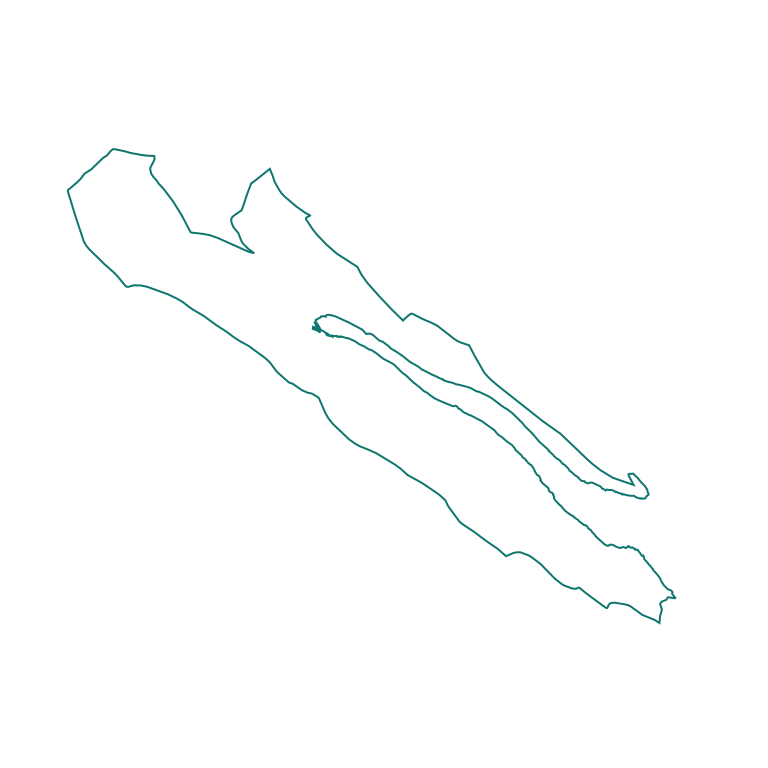 Seyðisfjarðarkaupstaður, Austurland, Iceland (Equal Earth projection), rotated 42°
{"feature_id": "244011B63317643398592", "entity_name": "Seyðisfjarðarkaupstaður", "entity_type": "district", "adm_level": 2, "iso_a3": "ISL", "parent_name": "Iceland", "parent_adm1": "Austurland", "projection": "equal_earth", "projection_center": [-13.887, 65.265], "detail": "fine", "context": "isolated", "style": "outline", "palette": "teal", "viewbox_px": 768, "rotation_deg": 42, "n_neighbors": 0, "source": "geoboundaries", "source_scale": "gbopen_adm2", "svg_char_len": 6135}
<svg xmlns="http://www.w3.org/2000/svg" viewBox="0 0 768 768"><g transform="rotate(42 384 384)"><path d="M744.5,348.2L739.0,347.2L738.0,346.7L737.8,345.7L737.0,345.4L734.8,345.5L733.1,346.4L731.2,346.6L726.7,346.3L722.2,345.1L719.0,343.6L715.6,342.9L708.7,342.2L707.4,341.4L706.6,341.6L703.9,341.0L701.9,341.0L699.2,340.4L694.7,340.0L691.7,338.0L691.2,338.0L690.6,339.1L686.5,338.1L683.2,337.6L681.5,339.1L680.5,338.5L679.3,339.2L677.9,339.3L677.4,340.2L675.9,340.8L674.2,340.8L673.9,341.1L674.0,342.2L673.5,344.0L671.0,345.0L669.7,346.7L669.5,347.7L669.0,348.1L665.5,349.5L661.6,350.5L659.6,352.0L659.2,352.7L659.1,353.8L658.7,354.4L657.6,355.0L654.9,355.6L643.6,355.6L641.3,355.0L637.9,354.8L635.8,354.2L632.0,354.6L630.3,353.8L627.9,354.2L627.4,354.9L621.5,355.4L618.6,355.2L615.6,355.8L613.9,355.5L613.0,355.9L612.3,355.7L610.7,356.3L604.8,357.0L598.6,356.6L597.6,356.0L595.7,356.4L588.8,355.8L587.0,355.2L586.0,354.4L585.9,353.9L583.9,353.3L583.6,352.6L583.2,352.5L581.6,352.4L580.7,352.9L579.2,353.1L577.5,352.7L576.1,351.5L575.3,351.4L568.3,351.6L565.2,351.1L564.8,351.0L564.8,350.4L561.4,348.7L560.4,348.6L559.0,349.1L558.0,349.0L555.5,348.3L552.2,346.8L548.2,345.8L544.5,346.2L538.2,345.3L535.9,345.8L533.8,345.0L525.8,345.0L524.3,344.3L519.9,343.7L513.6,344.5L507.0,344.6L502.4,345.3L497.0,344.5L482.0,346.1L469.8,349.2L467.2,350.3L464.8,350.8L462.0,351.8L457.0,351.8L455.8,352.4L453.0,351.8L451.6,352.5L450.5,354.1L449.4,354.7L436.3,359.3L431.2,360.8L425.7,361.5L422.0,361.6L418.4,362.6L412.5,362.6L403.9,363.2L394.7,362.9L390.5,363.4L379.6,362.9L376.3,363.2L366.2,365.8L357.6,366.3L351.8,367.2L349.7,368.4L344.5,369.2L339.0,371.0L333.5,371.7L326.6,374.0L325.4,375.0L320.0,377.5L319.8,378.1L320.0,378.3L319.4,379.0L319.0,379.3L318.6,379.1L316.8,380.0L317.0,380.4L316.2,380.6L313.2,382.7L313.9,382.7L314.2,383.1L313.5,383.1L312.5,383.8L312.1,383.7L311.7,384.0L312.0,384.3L309.0,385.5L307.6,385.1L308.4,384.4L310.2,384.6L308.4,384.3L307.0,384.9L308.3,385.6L309.4,385.7L309.0,385.9L306.3,385.1L304.4,385.1L300.4,386.2L300.0,385.9L299.3,386.0L297.8,386.8L300.1,387.0L301.6,388.2L301.5,388.5L299.2,388.8L295.0,390.2L294.8,390.6L294.1,390.6L293.0,389.0L295.2,388.2L297.0,388.7L298.1,388.6L296.2,387.8L296.2,387.5L297.4,387.2L297.2,386.9L295.7,387.1L294.7,386.4L298.4,385.3L295.0,384.1L292.5,385.1L292.0,384.9L294.1,383.7L292.7,383.9L291.3,383.6L290.4,382.0L290.6,381.6L291.8,381.6L290.7,381.3L291.5,378.9L292.0,378.2L292.2,377.4L291.9,376.0L294.1,373.8L295.4,373.0L294.9,372.8L295.5,370.7L297.0,369.2L302.2,366.4L316.4,361.9L331.6,358.1L336.7,358.7L337.8,358.4L338.2,357.5L339.1,356.9L339.5,356.2L340.3,355.7L343.3,354.9L351.2,354.9L355.2,353.4L362.9,352.8L365.2,353.1L371.2,351.8L379.3,350.7L388.6,350.2L397.5,348.2L403.2,347.8L403.7,347.4L413.2,345.0L418.4,343.2L422.1,342.3L424.2,341.2L424.6,341.6L427.9,340.5L430.8,339.2L433.4,337.6L438.0,335.8L441.1,333.9L448.9,329.9L451.7,328.9L457.7,327.5L459.9,326.2L470.3,323.1L475.2,322.3L483.5,321.7L488.4,321.2L492.5,320.3L498.9,319.8L513.3,320.4L515.8,321.0L527.9,321.6L538.3,323.0L548.3,322.9L551.4,323.2L551.5,323.5L557.6,323.5L558.8,323.9L562.5,323.8L563.4,323.4L566.0,323.2L570.4,323.8L571.6,323.3L576.9,323.4L580.3,324.3L583.2,323.9L586.7,324.1L589.6,323.5L595.0,323.9L596.9,323.1L597.8,322.2L599.3,322.4L601.4,321.7L602.1,321.3L603.6,318.8L605.1,317.8L613.0,315.4L614.8,315.3L615.9,315.8L618.4,314.9L620.0,314.9L620.3,313.3L622.4,312.1L623.5,310.8L625.7,309.7L628.3,309.3L628.4,308.8L628.9,308.6L630.0,308.5L633.0,307.1L634.6,306.8L634.6,306.2L635.6,306.1L636.8,305.1L639.1,304.0L642.8,301.5L644.4,299.9L647.8,299.3L651.6,297.4L652.0,297.0L651.8,296.8L653.8,295.3L654.7,293.9L654.2,291.7L654.7,289.2L654.2,288.6L652.7,288.1L650.3,286.4L646.3,285.3L640.8,285.0L635.9,284.1L629.1,283.9L628.4,284.9L626.5,286.4L626.1,287.5L627.8,288.6L637.1,292.0L616.7,300.6L603.3,303.1L593.7,303.9L587.3,304.0L548.5,302.9L526.9,305.4L468.9,309.1L458.8,309.3L451.0,308.5L433.3,302.7L421.4,298.3L412.6,302.1L409.6,302.9L406.1,303.5L384.8,305.0L379.0,306.5L369.4,309.8L358.5,312.7L357.3,313.3L356.7,314.5L355.7,321.7L355.8,324.1L339.3,323.4L321.9,322.0L304.0,320.0L294.2,317.9L285.8,314.8L261.9,318.7L247.8,318.9L234.6,317.9L228.1,316.9L215.7,313.7L215.0,313.1L215.1,311.9L216.3,308.8L216.2,308.2L210.9,309.5L199.9,310.8L184.8,311.2L180.6,310.9L176.2,309.9L167.3,306.9L162.2,303.9L155.2,300.5L152.1,319.3L151.1,323.9L155.2,334.4L161.8,349.5L161.9,350.3L159.8,359.1L159.6,361.6L160.0,363.5L161.4,365.1L163.5,366.5L167.5,368.3L174.7,369.3L182.0,373.0L185.2,374.0L192.9,374.4L200.1,373.6L194.7,376.4L162.5,386.8L154.9,390.0L149.4,393.3L139.9,400.1L138.7,400.6L121.1,394.1L105.7,389.6L89.8,386.5L82.8,385.9L78.7,384.9L73.9,384.4L70.2,383.4L66.7,381.0L65.7,379.7L63.2,370.6L60.6,368.3L54.7,373.2L49.7,376.6L41.0,381.9L35.1,384.8L27.1,389.5L25.4,390.8L25.0,393.6L25.2,400.0L24.4,402.2L23.9,404.8L22.8,420.5L20.7,428.0L21.3,434.6L21.1,438.7L19.4,451.1L19.9,452.2L42.3,465.7L65.9,479.1L70.0,480.4L74.8,481.1L96.1,482.0L109.0,481.9L114.2,482.3L126.2,484.1L127.4,484.0L128.9,483.0L132.1,478.0L137.1,473.7L142.6,470.4L163.4,461.9L173.0,459.1L179.8,457.7L187.5,457.2L193.0,456.4L204.2,454.1L220.3,452.4L232.8,450.4L241.2,449.7L248.7,448.5L257.7,446.3L277.5,444.3L282.8,444.2L285.8,444.5L295.0,446.4L297.4,446.6L312.2,446.5L316.1,444.9L327.3,443.5L333.1,441.5L336.5,439.6L338.9,438.9L343.3,438.1L345.2,438.1L359.4,444.6L365.6,446.7L372.6,447.9L395.2,448.5L402.9,447.6L407.9,446.4L415.9,443.4L424.3,440.7L445.6,436.6L453.3,435.8L462.3,435.9L478.6,432.1L496.5,429.6L500.5,429.3L507.5,429.4L513.5,431.9L532.5,435.8L535.9,435.7L549.7,433.6L564.8,432.3L578.8,430.4L589.9,430.3L593.3,422.8L595.5,420.0L597.5,418.2L598.7,417.5L606.1,414.6L609.6,413.9L621.2,413.0L641.0,414.3L649.7,413.8L652.4,413.3L659.9,410.4L662.2,409.0L663.9,407.5L664.6,405.4L665.5,404.7L675.2,404.2L698.5,401.9L699.6,401.4L699.7,400.5L698.9,398.5L698.7,396.8L699.1,395.1L700.0,393.9L702.4,391.7L710.9,386.3L713.9,384.8L716.3,384.2L730.3,382.8L743.1,378.2L748.6,377.3L744.5,371.8L741.5,365.7L736.4,362.7L736.1,361.8L735.9,360.6L736.6,358.6L738.1,355.8L737.8,352.4L744.1,348.2L744.5,348.2Z" fill="none" stroke="#0f766e" stroke-width="2"/></g></svg>